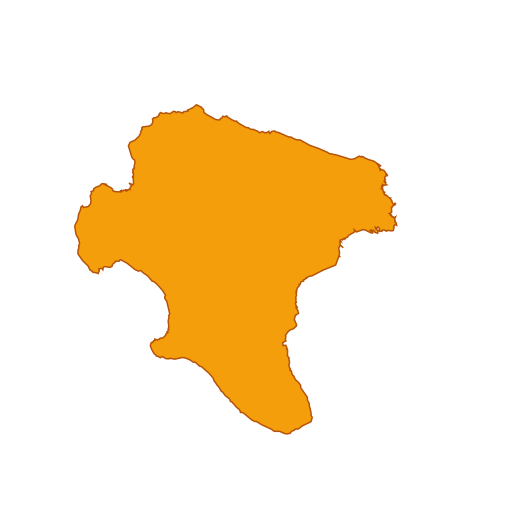 Siquijor, Siquijor, Philippines (Equal Earth projection), rotated 151°
{"feature_id": "2640588B8507173896697", "entity_name": "Siquijor", "entity_type": "district", "adm_level": 2, "iso_a3": "PHL", "parent_name": "Philippines", "parent_adm1": "Siquijor", "projection": "equal_earth", "projection_center": [123.577, 9.198], "detail": "fine", "context": "isolated", "style": "filled", "palette": "amber", "viewbox_px": 512, "rotation_deg": 151, "n_neighbors": 0, "source": "geoboundaries", "source_scale": "gbopen_adm2", "svg_char_len": 6156}
<svg xmlns="http://www.w3.org/2000/svg" viewBox="0 0 512 512"><g transform="rotate(151 256 256)"><path d="M363.1,393.8L365.3,393.5L366.5,391.9L369.0,392.3L369.4,390.5L371.9,388.9L373.4,384.5L375.5,381.8L378.9,380.6L383.4,382.1L383.4,384.0L385.2,383.8L387.8,380.9L390.8,378.7L394.2,374.2L399.3,370.8L400.3,369.5L402.9,362.2L403.0,356.6L404.3,352.2L406.1,351.1L407.0,348.9L408.6,347.7L410.7,344.2L409.9,336.0L407.7,328.8L408.0,324.4L406.3,321.2L406.5,320.7L403.6,318.6L402.7,317.2L400.4,318.8L399.5,321.0L397.4,320.1L396.6,319.3L396.6,318.3L394.8,320.2L393.3,320.0L389.1,316.8L386.8,316.8L385.6,318.2L382.5,318.8L381.5,319.5L378.0,317.8L376.5,318.6L376.0,318.2L372.2,312.1L368.5,303.0L366.2,299.8L363.6,299.0L363.1,296.7L360.3,290.9L359.0,284.2L357.9,283.4L356.2,279.1L354.5,271.4L354.2,265.5L355.6,264.6L356.3,263.2L356.0,259.6L359.5,247.2L361.0,246.4L362.3,244.0L364.3,241.8L366.5,236.6L368.2,234.7L367.9,234.1L368.9,233.8L370.1,232.0L370.7,232.7L371.3,231.7L372.5,231.5L373.6,230.4L377.3,229.5L379.6,230.6L380.9,230.1L383.1,230.5L384.0,231.7L384.8,231.4L385.0,232.1L385.6,231.1L386.8,231.5L388.3,230.4L388.8,231.0L389.8,230.9L391.9,228.9L392.5,225.2L392.5,220.3L391.5,217.4L391.7,216.9L390.3,215.7L389.0,213.4L386.9,213.7L384.5,209.8L381.8,208.2L381.0,208.3L376.9,205.1L369.6,202.9L367.0,200.8L364.1,197.1L362.3,193.4L360.7,192.8L358.6,186.7L357.4,185.9L354.0,176.4L352.7,170.2L353.2,166.2L352.8,165.7L352.7,162.1L352.0,159.7L352.0,154.8L351.2,153.4L350.5,148.6L348.5,144.1L348.8,141.1L347.9,140.4L346.3,133.0L344.9,129.4L345.4,126.6L343.9,126.0L342.6,123.6L339.4,115.1L337.4,111.9L336.0,111.2L332.7,105.5L326.5,97.0L325.1,93.9L320.2,91.1L317.1,86.8L314.9,85.3L312.1,84.4L309.8,85.4L306.8,85.1L305.6,85.6L302.9,84.2L297.6,85.0L288.3,84.4L285.1,87.5L285.0,90.1L283.8,92.4L281.6,100.2L280.9,101.2L280.9,104.7L279.6,107.8L280.8,119.2L279.8,120.8L279.7,121.8L280.1,124.9L281.3,128.2L281.5,131.4L281.1,132.4L281.8,134.7L280.8,138.6L281.7,139.5L281.4,140.4L280.6,140.7L280.8,142.3L280.1,144.9L278.9,145.7L277.6,148.2L277.4,149.7L276.5,150.6L276.9,153.4L274.0,158.4L274.5,159.7L273.6,160.1L273.2,163.5L275.7,164.5L274.6,167.3L271.0,167.2L271.0,168.4L269.0,171.0L268.8,172.1L265.5,174.0L262.1,174.8L258.3,174.2L254.7,175.2L253.9,176.0L253.3,181.9L250.4,184.9L246.5,185.3L245.8,188.5L246.0,190.8L245.1,190.9L245.6,192.0L244.8,192.1L245.0,193.3L244.3,195.8L243.2,195.9L242.6,198.3L241.9,198.8L241.1,200.9L239.8,201.8L238.2,205.5L237.7,205.1L237.2,206.3L235.2,208.1L232.3,209.1L232.1,210.2L231.4,209.8L228.8,211.7L226.6,211.0L225.9,212.1L224.4,211.8L223.1,212.5L222.5,212.0L222.1,212.5L219.7,212.5L216.6,211.5L203.9,211.1L190.7,209.5L184.1,215.2L183.3,215.5L182.7,214.2L183.3,216.0L181.3,218.3L179.9,222.7L178.9,223.5L177.0,224.5L175.7,220.9L177.1,225.2L176.3,226.0L176.0,227.8L175.1,228.2L174.7,227.5L174.7,229.0L172.5,228.8L172.4,228.1L170.4,228.7L170.1,227.6L169.3,228.3L167.0,228.1L165.1,229.1L157.9,229.3L157.3,231.2L156.4,228.3L149.5,227.2L147.5,225.3L144.5,220.8L142.9,219.6L142.0,221.2L143.3,221.8L143.1,222.2L143.6,223.2L143.0,223.2L142.5,222.7L142.7,222.1L140.8,221.5L140.5,219.8L140.8,219.5L138.6,216.9L137.1,218.9L137.4,221.0L138.0,221.5L137.7,223.2L136.6,221.9L135.5,222.3L134.7,221.2L135.0,219.3L136.2,218.6L136.0,217.6L135.2,217.7L134.0,216.5L133.1,217.4L131.3,216.7L129.8,214.3L128.8,214.8L124.8,212.0L123.6,211.8L121.4,214.0L121.3,215.0L119.5,216.0L118.9,216.0L118.1,214.7L117.3,217.4L117.9,218.0L117.4,218.9L117.6,219.5L117.0,220.1L116.9,221.1L115.0,222.6L116.5,222.5L117.0,222.9L116.9,223.6L117.8,224.0L118.1,225.2L117.8,225.5L118.6,226.7L118.0,226.9L118.6,227.3L118.5,227.8L118.1,227.4L117.9,227.9L118.6,228.5L116.1,228.6L113.8,233.1L113.3,232.7L111.8,233.5L109.4,233.4L108.6,234.2L108.8,234.8L110.4,234.0L110.8,234.7L110.8,237.6L110.4,238.4L110.8,241.0L110.2,241.4L111.0,241.8L112.7,246.4L113.5,246.4L113.7,247.0L113.9,248.2L112.8,249.0L113.4,249.2L113.7,250.2L112.9,250.5L113.3,252.0L112.6,253.2L113.8,254.1L112.7,254.7L112.0,254.1L112.6,254.7L112.4,255.5L111.7,255.3L112.1,256.3L110.8,256.3L110.6,257.0L109.9,255.9L107.3,255.0L107.8,255.8L106.9,257.4L107.6,258.1L106.9,258.5L107.7,258.9L107.5,259.5L105.8,260.2L105.5,259.8L105.8,261.3L105.3,262.5L104.0,262.8L103.0,263.9L102.7,262.8L102.1,262.6L102.0,263.9L101.3,263.7L102.1,264.1L102.5,268.2L103.0,269.3L104.4,270.7L105.8,270.8L105.6,271.7L104.9,272.1L105.6,273.6L104.8,275.1L105.0,275.9L103.5,274.4L103.3,274.7L107.1,282.0L111.3,286.3L113.9,289.8L113.8,290.4L115.5,291.9L116.1,291.7L117.2,293.3L122.7,293.3L126.2,294.5L136.7,305.4L142.8,310.6L142.9,311.5L148.8,319.3L155.4,326.9L161.3,336.3L163.1,337.1L165.7,339.7L167.7,343.0L169.9,344.5L176.5,353.2L178.2,354.5L178.9,356.2L182.0,357.4L184.4,356.3L184.8,357.0L184.3,358.8L187.0,358.8L188.3,359.3L190.2,361.8L193.3,362.2L193.9,364.1L197.1,368.2L199.0,369.1L200.6,372.0L202.5,373.3L206.4,379.9L207.5,382.4L207.6,383.5L208.8,383.8L211.1,386.9L213.5,391.2L213.4,392.1L213.8,392.8L215.6,392.8L217.3,394.3L219.0,393.2L220.3,393.5L222.0,392.6L225.1,394.9L230.7,403.9L231.9,407.0L230.9,409.3L231.7,412.7L234.8,417.2L238.9,416.4L244.7,416.6L245.0,416.2L245.2,416.6L245.8,415.8L249.2,417.3L250.6,416.6L254.2,420.0L256.3,420.1L256.5,421.3L258.1,422.6L262.0,422.1L264.5,423.9L265.0,424.9L266.6,424.9L268.5,426.0L270.1,427.8L272.3,426.8L272.8,425.9L276.3,425.5L278.6,426.4L280.1,426.0L281.0,423.4L283.6,421.5L286.6,421.4L292.7,423.9L294.0,423.3L294.2,421.9L295.7,421.4L297.8,419.0L300.4,417.4L305.8,416.0L311.0,416.5L314.2,414.2L316.7,402.5L316.5,400.5L315.7,398.9L316.4,396.5L319.7,392.9L319.5,392.2L320.3,391.3L321.2,391.7L322.3,390.8L322.5,389.0L323.1,388.9L323.0,389.3L323.5,388.7L323.2,387.5L325.1,384.4L325.5,385.1L325.9,384.5L325.5,383.9L327.8,379.0L329.1,378.0L331.8,381.4L331.0,380.1L331.4,379.4L330.8,379.1L330.6,378.0L333.3,376.5L333.9,375.4L334.1,376.0L336.5,375.7L336.3,376.1L337.4,376.8L337.4,375.8L338.1,375.7L338.2,376.8L339.7,377.6L341.6,377.6L341.7,378.4L342.3,377.9L342.2,378.5L342.9,378.7L343.3,377.8L343.3,378.6L343.6,378.0L344.9,378.6L348.2,380.8L349.5,382.4L349.1,384.3L349.6,385.8L354.1,392.6L352.3,390.6L352.0,391.1L354.2,393.1L355.8,393.9L358.9,393.2L363.1,393.8Z" fill="#f59e0b" stroke="#b45309" stroke-width="1.5"/></g></svg>